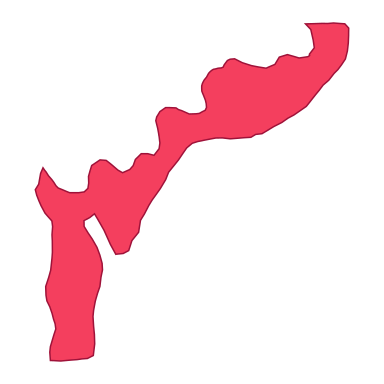 Sagbama, Bayelsa, Nigeria
{"feature_id": "59680162B84100135495566", "entity_name": "Sagbama", "entity_type": "district", "adm_level": 2, "iso_a3": "NGA", "parent_name": "Nigeria", "parent_adm1": "Bayelsa", "projection": "natural_earth1", "projection_center": [6.208, 5.097], "detail": "fine", "context": "isolated", "style": "filled", "palette": "rose", "viewbox_px": 384, "rotation_deg": 0, "n_neighbors": 0, "source": "geoboundaries", "source_scale": "gbopen_adm2", "svg_char_len": 2773}
<svg xmlns="http://www.w3.org/2000/svg" viewBox="0 0 384 384"><path d="M52.1,313.5L53.5,319.0L55.1,323.8L55.8,329.0L53.9,334.8L50.4,346.6L49.8,352.2L50.4,360.5L53.6,360.6L60.7,361.0L70.4,360.1L77.2,359.6L82.0,358.9L87.4,358.5L93.3,355.5L94.7,343.9L94.4,334.2L94.2,332.5L93.6,326.2L93.0,316.5L93.6,310.4L94.6,304.9L95.3,301.2L95.7,299.7L97.6,293.1L99.9,286.5L101.0,277.1L102.5,269.9L102.1,263.3L99.9,255.2L97.0,247.4L92.2,239.0L88.0,232.8L84.1,226.4L84.0,220.6L89.7,217.6L94.5,213.8L97.2,218.3L100.6,224.2L104.0,230.2L107.3,237.5L110.4,244.4L115.8,254.3L116.1,254.2L123.2,253.5L128.7,250.6L131.9,240.6L138.6,232.3L140.5,220.3L144.4,214.0L148.8,205.5L151.9,200.4L153.3,198.4L154.9,196.2L160.3,188.6L165.7,179.6L168.6,172.2L173.7,165.9L177.4,161.3L178.5,159.9L183.3,152.8L186.7,147.9L192.2,143.3L197.8,141.5L198.9,141.3L201.5,140.8L204.2,140.2L210.4,139.0L215.8,138.0L222.4,137.9L230.1,138.8L231.9,138.7L244.1,137.7L250.9,137.3L255.7,134.4L262.0,133.7L273.9,126.5L281.8,122.5L287.9,118.2L293.9,115.0L299.4,111.2L306.3,106.4L310.3,101.4L311.3,100.1L315.4,94.9L319.2,90.3L323.1,85.1L328.8,80.2L334.1,73.4L337.9,69.6L341.6,64.7L345.4,59.0L347.4,51.0L348.3,43.0L348.6,35.4L348.6,33.6L348.7,28.1L344.8,23.8L340.1,23.5L333.5,23.0L327.6,23.5L322.4,23.4L313.2,23.7L305.5,23.9L310.8,29.5L313.2,40.1L314.3,47.8L309.4,54.2L309.6,55.5L307.9,56.7L299.1,58.0L294.8,56.7L287.4,54.6L279.3,57.1L274.9,64.4L268.7,67.0L266.1,68.2L258.0,66.9L257.0,66.7L251.4,65.6L242.3,62.7L234.6,58.8L230.1,59.2L227.4,60.5L225.6,62.9L224.2,64.8L223.2,67.1L221.4,67.9L218.1,68.2L215.6,68.9L213.4,69.3L211.6,70.4L210.2,71.6L208.7,73.2L207.9,74.6L207.6,75.2L206.5,77.2L205.0,79.0L204.2,80.0L203.3,81.6L202.4,83.5L201.7,85.9L201.7,88.5L201.8,91.0L202.6,93.2L203.5,95.3L205.4,100.2L206.2,103.6L206.5,107.5L205.2,110.3L202.3,111.7L199.3,113.4L196.0,113.8L189.3,114.0L181.6,110.6L178.5,109.6L176.0,107.9L169.0,107.6L165.6,107.6L159.9,111.6L157.8,115.1L156.7,116.9L155.8,120.7L156.6,124.0L157.7,128.4L158.7,133.9L159.0,136.1L159.1,136.3L159.6,140.8L159.9,142.9L159.1,148.7L154.0,155.3L150.5,154.4L147.8,153.7L141.2,153.7L138.1,156.8L135.4,159.4L133.2,165.6L131.0,168.1L129.8,169.5L122.6,172.7L122.0,172.4L117.9,170.1L112.0,165.0L106.2,160.4L100.0,159.9L91.7,165.5L90.2,170.3L88.5,176.4L88.7,183.2L88.6,183.7L87.9,188.4L84.2,191.9L82.1,192.2L78.7,192.7L69.9,192.7L69.1,192.5L65.9,191.2L62.9,189.9L58.2,188.0L56.0,185.8L53.8,182.3L51.9,179.7L49.9,177.4L48.5,175.8L47.6,174.4L46.1,172.0L44.7,170.3L43.0,167.8L40.6,173.4L38.7,184.2L35.3,189.7L36.8,195.5L37.0,195.9L38.9,200.8L41.1,205.8L45.0,213.1L47.5,216.0L51.9,221.0L52.6,226.6L52.0,234.8L52.3,240.9L52.4,252.3L52.0,258.1L50.7,270.2L48.7,277.4L45.7,286.5L46.0,295.3L46.9,300.9L49.2,305.6L49.8,306.8L52.1,313.5Z" fill="#f43f5e" stroke="#9f1239" stroke-width="1.5"/></svg>